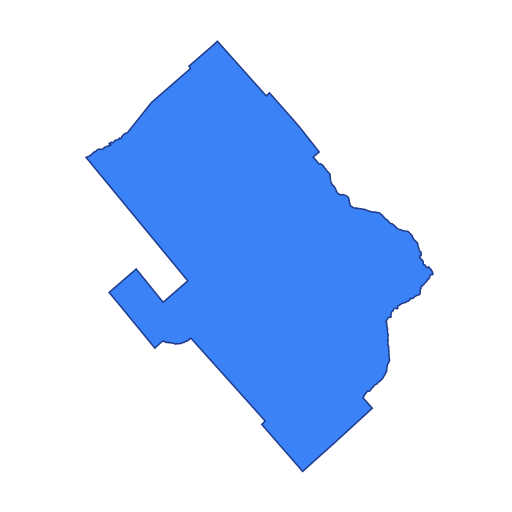 Rojas, Buenos Aires, Argentina, rotated 5°
{"feature_id": "61730980B83932941288797", "entity_name": "Rojas", "entity_type": "district", "adm_level": 2, "iso_a3": "ARG", "parent_name": "Argentina", "parent_adm1": "Buenos Aires", "projection": "natural_earth1", "projection_center": [-60.686, -34.196], "detail": "fine", "context": "isolated", "style": "filled", "palette": "blue", "viewbox_px": 512, "rotation_deg": 5, "n_neighbors": 0, "source": "geoboundaries", "source_scale": "gbopen_adm2", "svg_char_len": 6113}
<svg xmlns="http://www.w3.org/2000/svg" viewBox="0 0 512 512"><g transform="rotate(5 256 256)"><path d="M195.7,48.9L172.7,72.7L174.3,75.0L138.3,112.4L117.1,144.5L115.6,145.1L115.2,145.4L114.8,145.5L114.0,146.1L112.6,147.7L112.5,148.2L112.1,148.5L111.8,148.9L111.8,149.2L111.8,149.8L111.4,150.1L111.1,150.7L110.7,150.9L109.7,150.4L109.2,151.0L109.0,151.5L108.6,152.0L108.1,152.2L107.7,152.6L107.2,152.6L106.0,152.8L105.2,153.4L104.8,153.9L104.6,154.8L104.2,155.4L103.5,155.3L103.2,155.5L102.7,155.5L102.2,155.2L101.3,155.9L101.0,156.3L100.4,156.3L99.9,156.5L99.9,157.0L100.4,157.4L101.6,157.8L101.7,158.4L101.2,158.7L100.6,158.6L100.1,158.8L99.8,159.1L99.0,159.2L98.7,159.4L98.0,159.6L97.7,160.1L97.0,160.5L96.6,160.7L95.4,160.9L95.2,161.5L95.1,161.9L94.6,162.4L93.4,163.1L91.8,163.4L91.2,163.2L90.5,163.2L89.4,163.5L88.9,163.8L88.4,164.3L87.4,165.6L87.0,166.0L85.8,166.4L85.2,166.9L84.8,167.3L84.5,167.9L84.1,168.2L83.5,169.1L82.9,169.4L82.7,169.8L82.2,170.1L81.4,170.9L80.8,171.3L80.1,171.5L79.8,171.8L78.6,172.2L78.1,172.6L190.2,286.7L167.5,310.2L137.8,279.4L112.8,305.1L122.5,314.8L163.3,356.6L169.3,349.9L169.9,349.5L171.1,348.6L171.5,348.7L172.0,349.2L172.7,349.4L173.6,349.9L174.6,350.0L174.9,349.8L175.4,349.8L176.5,350.0L177.3,349.5L177.5,349.6L177.7,349.9L178.1,350.1L178.5,349.9L178.9,349.9L180.0,350.0L180.5,350.2L180.9,350.1L181.4,350.2L181.9,350.2L183.5,350.8L183.8,350.8L184.4,350.3L184.8,350.1L185.3,350.3L186.0,350.3L187.1,350.0L188.7,349.8L189.5,349.3L190.2,348.9L190.5,348.8L191.8,348.4L192.5,347.9L192.7,347.6L193.0,347.4L193.6,347.1L194.2,347.0L194.3,346.8L194.6,346.7L194.8,346.7L195.0,346.4L195.3,346.1L196.6,345.4L196.8,345.1L197.0,344.7L197.0,344.4L197.1,344.2L197.4,344.1L197.6,344.0L198.1,344.0L198.5,343.7L279.5,419.6L276.4,423.3L321.3,466.6L327.1,460.2L349.3,436.6L385.1,397.5L375.0,388.0L375.2,387.3L375.7,386.7L376.0,386.0L376.0,385.6L376.2,384.9L376.8,384.1L377.3,383.2L377.9,382.4L378.9,380.9L379.3,380.6L379.8,380.8L380.5,381.0L381.2,380.5L381.6,379.9L382.0,379.3L382.2,378.4L382.6,377.9L383.5,377.0L384.3,376.0L384.8,375.2L385.1,374.6L386.6,373.3L387.9,372.7L388.3,371.7L388.7,371.1L389.4,370.8L390.9,369.3L391.5,368.5L391.7,368.1L392.4,367.6L393.2,366.2L394.1,364.2L394.5,363.5L394.8,362.8L395.2,361.6L395.9,360.0L396.3,359.3L396.2,358.9L395.9,358.5L396.2,357.3L396.1,355.9L396.2,355.1L396.5,352.7L397.2,351.1L398.2,348.3L398.2,347.9L398.0,347.4L397.6,346.9L397.6,345.9L397.4,345.5L397.3,344.8L397.4,344.0L397.3,343.4L396.9,342.9L397.0,342.0L396.7,340.4L396.9,339.5L396.7,338.9L396.1,337.9L396.3,337.3L396.2,336.0L396.0,335.4L395.9,334.3L395.6,333.4L394.8,333.0L394.8,332.6L395.0,332.3L395.1,331.6L395.1,331.4L394.8,330.9L394.6,330.1L395.0,329.4L395.1,328.7L394.8,327.8L394.5,327.3L394.4,326.9L394.5,326.0L394.5,325.4L394.3,324.7L394.7,323.6L394.7,323.1L394.6,322.6L394.0,321.8L393.7,321.3L393.6,320.4L393.6,319.9L393.5,319.5L393.5,317.9L393.3,317.2L392.9,316.1L392.8,315.4L392.7,314.8L392.3,313.9L392.2,312.7L392.0,311.3L391.9,310.8L390.9,310.3L391.0,309.8L391.5,309.2L391.9,308.6L391.9,308.0L392.4,307.3L393.0,306.2L393.7,305.4L394.3,305.3L395.5,305.3L395.9,304.7L395.8,304.1L395.6,303.3L395.5,302.6L395.7,301.4L396.0,299.6L397.4,298.5L397.7,296.8L398.2,296.2L398.7,296.0L399.7,296.1L400.2,296.2L401.1,296.3L401.8,295.8L401.7,295.1L401.5,294.1L401.5,293.6L402.1,293.1L403.5,292.4L403.8,291.9L404.2,291.5L406.7,290.0L408.8,289.4L410.4,288.2L411.9,287.6L413.1,286.2L413.1,285.1L413.2,284.9L414.3,284.9L414.8,284.9L416.2,284.3L416.7,283.9L417.8,282.6L418.4,282.1L420.1,281.1L420.5,281.0L421.3,280.6L422.0,280.4L422.4,280.1L422.7,279.5L422.8,278.1L422.8,277.1L422.5,275.8L422.6,275.2L423.1,274.5L423.2,273.8L423.2,272.8L423.0,272.5L423.0,272.0L423.8,271.5L424.2,271.4L424.5,271.1L424.7,270.5L425.1,270.2L425.5,269.8L426.9,267.9L427.4,267.3L427.8,266.9L428.2,266.5L428.6,265.5L428.8,265.1L429.5,264.3L430.0,263.9L430.4,263.3L430.7,262.8L430.8,262.3L430.9,261.1L431.0,260.5L431.3,260.1L432.0,259.4L432.4,259.1L432.8,259.1L433.6,259.1L433.9,258.9L433.9,258.5L433.5,258.0L433.3,256.9L432.9,256.1L432.3,255.3L431.8,254.8L431.6,254.3L431.1,253.8L430.5,253.5L429.8,252.6L429.2,252.0L428.7,251.7L428.4,252.2L428.3,252.5L427.9,252.7L427.2,252.7L426.5,252.3L426.1,251.6L425.9,251.3L425.5,250.5L425.1,250.3L424.0,250.2L423.5,249.6L423.1,248.1L423.1,247.6L422.9,246.9L422.5,246.5L422.5,246.1L422.4,245.7L421.4,245.3L420.9,245.2L420.5,244.7L420.1,243.7L419.9,243.4L419.4,243.2L419.3,242.8L419.1,242.4L419.0,242.0L419.1,241.6L420.3,241.4L420.5,241.0L420.4,240.5L420.6,239.5L419.9,238.9L420.0,238.1L419.8,237.5L419.2,237.4L418.9,237.0L418.8,236.7L418.0,236.1L417.8,235.4L417.7,234.6L417.4,233.8L416.5,232.2L416.4,231.2L416.0,229.5L415.5,228.7L414.1,227.6L413.2,226.8L411.8,225.9L411.3,224.8L410.1,223.4L409.9,222.5L409.4,221.6L407.7,220.4L406.8,219.5L405.8,218.7L405.1,218.3L404.2,218.2L403.0,218.1L401.9,218.2L401.0,218.1L399.5,217.8L398.7,217.4L397.1,217.1L396.0,217.0L395.2,216.8L394.0,216.0L393.0,215.0L392.3,214.4L391.4,213.9L390.9,213.3L390.4,213.1L388.7,212.0L387.6,212.0L386.4,211.5L385.6,210.7L385.2,210.4L384.5,209.3L383.6,208.7L381.4,207.6L378.1,204.2L377.3,203.8L376.1,202.8L375.2,202.3L373.8,202.0L372.9,202.2L372.1,202.0L371.2,202.0L370.3,201.7L369.0,201.9L367.5,202.2L366.0,201.5L364.7,201.5L362.2,200.8L361.0,200.3L359.5,200.1L358.1,200.0L355.5,199.7L354.3,199.7L353.6,199.8L351.9,199.4L351.4,199.7L350.9,199.7L350.5,199.5L349.8,199.7L348.1,199.0L346.9,198.3L346.1,197.9L345.4,197.2L345.3,196.3L344.9,195.7L344.7,195.1L344.1,193.5L344.0,192.5L343.6,191.2L342.9,189.7L341.9,188.7L340.8,188.3L339.9,187.8L339.2,187.6L338.2,187.5L337.4,187.2L336.1,187.3L335.3,187.6L334.6,187.8L333.8,187.3L332.7,186.9L332.1,186.4L330.9,184.9L330.5,184.6L330.1,184.1L330.1,183.5L329.7,182.7L328.1,180.3L327.5,179.6L326.4,178.9L326.0,178.8L324.2,175.8L323.9,174.9L323.5,173.5L323.3,172.0L323.1,170.9L322.9,169.4L322.7,168.2L322.0,167.4L319.5,165.3L318.3,163.8L316.9,162.5L314.7,159.9L313.7,159.2L312.9,158.8L312.1,158.5L311.3,158.6L310.7,158.7L304.4,152.5L309.9,146.9L288.5,124.1L280.9,116.7L255.2,92.3L252.2,95.6L198.8,45.4L195.7,48.9Z" fill="#3b82f6" stroke="#1e3a8a" stroke-width="1.5"/></g></svg>